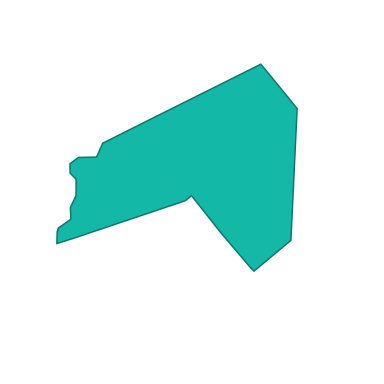 outline of Moniteau, Missouri, United States of America, rotated 229°
{"feature_id": "52423323B12079840078739", "entity_name": "Moniteau", "entity_type": "district", "adm_level": 2, "iso_a3": "USA", "parent_name": "United States of America", "parent_adm1": "Missouri", "projection": "natural_earth1", "projection_center": [-92.537, 38.675], "detail": "fine", "context": "isolated", "style": "filled", "palette": "teal", "viewbox_px": 384, "rotation_deg": 229, "n_neighbors": 0, "source": "geoboundaries", "source_scale": "gbopen_adm2", "svg_char_len": 474}
<svg xmlns="http://www.w3.org/2000/svg" viewBox="0 0 384 384"><g transform="rotate(229 192 192)"><path d="M186.0,326.1L227.1,327.4L243.3,327.8L271.6,218.3L271.7,218.1L287.4,156.7L281.0,142.9L292.6,128.9L293.4,118.5L286.3,112.4L277.7,112.9L265.4,102.2L260.2,90.2L250.9,82.6L252.5,67.5L250.3,64.0L241.8,56.2L235.4,70.8L189.8,181.3L189.7,184.8L189.6,189.2L141.4,187.0L94.1,186.5L91.6,187.0L90.6,234.9L186.0,326.1Z" fill="#14b8a6" stroke="#0f766e" stroke-width="1.5"/></g></svg>